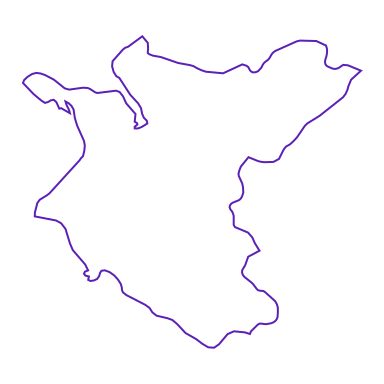 SVG path tracing the border of Bheri
{"feature_id": "NPL-1124", "entity_name": "Bheri", "entity_type": "District", "adm_level": 1, "iso_a3": "NPL", "parent_name": "Nepal", "parent_adm1": "", "projection": "mercator", "projection_center": [81.774, 28.487], "detail": "fine", "context": "isolated", "style": "outline", "palette": "violet", "viewbox_px": 384, "rotation_deg": 0, "n_neighbors": 0, "source": "natural_earth", "source_scale": "10m", "svg_char_len": 3022}
<svg xmlns="http://www.w3.org/2000/svg" viewBox="0 0 384 384"><path d="M249.9,334.0L245.0,332.4L234.0,331.3L227.6,334.1L219.0,344.3L214.1,347.7L208.2,347.3L202.2,343.7L196.3,339.2L185.5,333.0L177.0,323.9L172.4,320.0L167.4,318.2L156.6,315.7L152.4,312.4L149.5,307.9L145.2,304.8L126.2,295.0L122.9,292.3L122.0,290.1L121.8,287.5L120.8,284.0L118.0,279.6L114.2,275.4L109.6,272.1L104.7,270.3L101.4,270.8L100.0,273.0L99.2,276.0L97.2,278.9L94.1,280.4L90.5,281.0L88.2,279.9L88.9,276.5L85.4,275.6L84.0,273.7L84.9,271.7L88.1,270.4L85.2,264.5L72.8,250.1L69.9,243.3L65.5,228.9L61.1,223.2L56.1,220.5L34.8,216.4L34.9,212.4L37.4,202.9L39.8,199.7L46.9,195.3L49.5,193.3L79.5,160.4L80.9,158.3L83.0,156.2L84.3,150.7L84.8,145.8L84.1,141.2L77.1,125.5L74.8,117.8L73.6,109.6L71.5,105.9L68.6,103.2L65.5,101.5L66.4,104.6L69.1,110.1L69.9,113.2L61.2,108.2L59.3,108.7L56.4,102.2L53.8,99.8L50.9,100.3L48.1,102.0L45.0,102.9L41.5,100.7L33.6,94.1L23.0,83.0L24.1,80.1L27.6,76.8L32.1,74.0L36.3,72.9L40.6,73.5L45.2,75.1L53.8,79.6L64.8,88.4L69.2,89.6L83.0,87.7L87.7,88.0L90.1,89.0L95.1,92.3L97.2,93.0L116.0,90.7L119.6,92.0L123.0,96.3L126.2,103.3L135.5,114.0L134.7,121.7L137.1,123.2L137.4,124.6L134.7,126.7L134.7,128.4L136.9,128.5L138.7,128.2L142.2,126.7L147.3,123.5L146.8,120.7L143.9,117.8L142.2,114.0L141.0,108.1L138.0,103.2L130.3,94.8L119.3,77.9L116.3,76.2L113.6,71.8L112.1,66.3L112.6,61.2L122.8,49.7L125.1,47.8L128.2,46.7L142.3,36.3L147.8,42.9L148.1,49.0L147.8,51.4L147.8,53.1L149.2,54.2L153.1,55.7L160.7,57.0L178.2,63.0L189.9,65.1L193.6,66.2L196.8,68.1L201.6,70.3L205.9,71.7L223.1,73.3L242.3,64.4L246.6,65.8L247.5,66.6L248.1,66.9L248.3,67.1L249.6,69.7L250.8,71.3L252.8,72.4L255.6,72.2L258.1,71.2L261.4,67.6L262.7,64.9L264.0,63.0L265.7,61.5L267.8,60.0L269.3,58.4L271.8,54.1L273.3,52.4L275.4,50.9L296.6,41.4L300.0,40.6L316.2,41.0L326.0,45.5L326.9,48.5L327.1,50.6L327.0,53.0L326.6,55.3L326.2,57.1L325.6,58.8L325.0,61.3L325.1,62.8L325.5,64.3L326.4,65.6L327.7,66.5L332.1,68.4L333.9,68.9L335.8,68.9L338.3,68.1L340.0,67.1L341.0,66.3L343.2,64.9L347.9,65.3L361.0,70.7L351.1,79.7L348.4,86.2L347.5,89.6L345.6,93.9L343.0,97.3L319.6,115.8L307.2,123.5L304.8,125.9L296.9,137.5L292.6,142.0L289.9,144.4L286.0,146.6L284.7,148.1L283.4,150.1L279.0,158.9L273.5,161.9L264.2,162.2L261.0,161.8L258.1,161.1L248.5,157.2L240.9,166.5L239.4,170.2L238.5,173.9L238.8,176.0L242.2,183.4L243.0,187.1L243.3,192.4L242.4,195.5L241.1,198.2L239.7,199.6L238.7,200.3L233.4,202.4L231.4,203.5L229.9,205.5L229.6,207.3L230.4,209.4L231.7,210.9L232.9,213.1L233.7,215.9L233.7,224.9L235.0,227.1L248.1,232.6L252.4,237.6L254.8,243.1L259.5,250.7L248.2,256.7L245.1,265.4L242.3,270.0L242.0,272.3L242.8,274.9L244.5,277.0L251.2,282.3L253.0,284.0L256.6,288.8L258.0,290.2L259.9,290.7L261.6,290.8L263.6,291.1L265.3,292.3L275.1,301.1L276.9,304.3L277.8,307.4L277.9,311.3L277.6,316.6L277.3,317.8L276.8,319.0L276.1,320.1L274.8,321.4L273.5,322.3L271.3,323.2L266.8,324.1L265.0,324.1L260.9,323.6L259.8,323.6L258.6,324.1L257.6,324.8L251.0,331.3L249.9,334.0L249.9,334.0Z" fill="none" stroke="#5b21b6" stroke-width="2"/></svg>